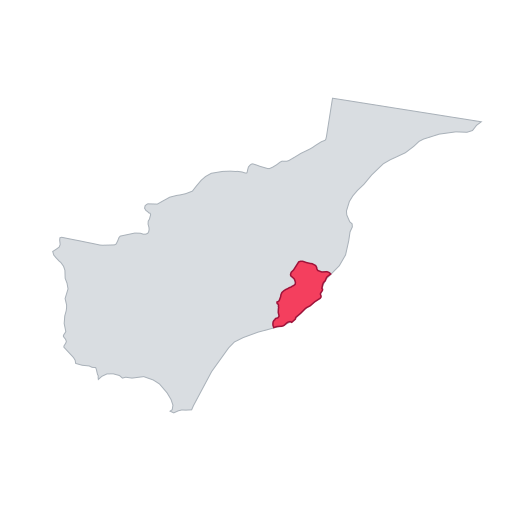 location of Doukkala - Abda within Morocco, rotated 189°
{"feature_id": "MAR-1457", "entity_name": "Doukkala - Abda", "entity_type": "Region", "adm_level": 1, "iso_a3": "MAR", "parent_name": "Morocco", "parent_adm1": "", "projection": "natural_earth1", "projection_center": [-8.625, 32.606], "detail": "fine", "context": "in_parent", "style": "filled", "palette": "rose", "viewbox_px": 512, "rotation_deg": 189, "n_neighbors": 0, "source": "natural_earth", "source_scale": "10m", "svg_char_len": 3805}
<svg xmlns="http://www.w3.org/2000/svg" viewBox="0 0 512 512"><g transform="rotate(189 256 256)"><path d="M58.6,419.6L61.8,413.8L67.0,411.2L78.0,409.9L94.2,405.0L108.8,397.7L112.9,394.7L117.4,388.9L124.7,381.3L138.4,372.1L144.7,367.0L154.4,354.2L160.7,343.6L166.0,336.7L169.7,330.7L172.3,324.5L173.7,314.6L172.8,310.8L168.8,304.5L166.1,302.8L165.4,299.8L166.9,294.5L166.8,285.5L167.7,271.1L172.2,259.4L183.1,244.2L185.1,237.9L186.4,228.0L186.5,224.4L200.1,210.3L208.0,199.5L210.8,196.8L217.8,191.9L242.1,181.1L255.9,173.4L263.9,167.7L268.6,161.1L281.7,135.0L294.4,98.3L295.5,94.0L301.2,92.8L305.3,92.3L308.6,90.9L312.7,88.2L316.6,89.3L314.7,91.1L314.7,95.7L317.5,101.0L322.4,106.9L331.3,114.5L338.2,117.5L348.0,119.3L359.4,116.0L365.7,115.9L368.8,114.5L372.2,116.6L378.7,117.3L384.8,116.2L389.5,113.0L392.4,109.4L392.9,111.2L393.1,113.1L394.0,114.2L395.9,118.9L396.9,120.7L400.5,120.4L403.6,121.3L410.6,120.9L417.3,121.7L418.3,124.7L420.3,127.1L427.3,132.6L431.5,135.9L431.6,137.1L430.4,139.9L429.9,141.8L431.0,143.9L433.6,146.3L433.8,147.5L433.2,148.9L432.0,151.5L434.9,159.3L435.5,166.9L434.9,172.2L435.0,175.3L435.4,178.0L437.9,184.1L436.5,194.1L438.4,199.6L441.0,204.1L442.5,212.0L444.5,215.8L447.8,219.1L449.7,220.2L453.3,223.0L455.9,225.3L457.5,228.7L454.3,231.5L451.8,234.0L451.2,236.7L452.4,241.0L452.5,243.3L450.9,244.1L444.2,243.8L438.9,243.6L432.9,243.4L424.4,243.0L419.1,242.8L411.9,242.4L409.4,242.6L402.9,243.8L398.2,244.7L397.4,244.9L396.0,246.0L395.0,249.2L394.2,252.8L393.2,254.4L379.3,259.7L373.8,260.4L370.6,259.9L368.4,260.3L366.5,261.4L365.8,263.1L365.7,265.3L366.2,267.5L367.6,270.6L367.9,273.6L367.0,275.8L366.8,277.9L366.5,280.3L367.2,281.6L368.6,281.8L369.9,282.8L371.9,283.8L373.5,285.7L373.4,288.3L372.1,289.8L371.0,290.6L365.7,291.3L361.6,291.8L356.2,296.1L350.4,300.6L343.6,303.5L340.6,304.4L335.3,306.5L329.0,310.1L325.9,315.7L322.0,322.2L318.3,326.6L313.1,330.7L308.3,332.3L302.3,334.3L294.6,335.8L289.2,336.3L287.6,336.7L282.8,336.8L280.5,336.4L278.7,336.3L278.0,336.7L277.8,337.8L277.7,340.1L277.4,342.8L275.9,345.1L274.8,346.1L273.6,346.5L269.6,345.9L266.2,345.2L258.2,344.2L256.6,344.4L256.0,344.7L253.5,346.3L249.7,349.5L247.1,352.3L245.2,353.7L240.5,354.4L238.5,355.4L229.9,362.5L228.0,364.2L219.1,370.4L216.6,372.5L214.6,374.5L209.3,379.1L205.9,381.1L205.3,382.3L205.1,385.0L205.1,391.2L205.1,397.1L205.1,405.7L205.1,414.3L205.1,423.8L54.5,423.8L58.6,419.6Z" fill="#d9dde1" stroke="#a8b0b8" stroke-width="1"/><path d="M179.4,249.9L182.5,246.6L182.9,245.8L183.1,245.2L183.5,243.6L183.6,242.9L183.7,242.4L184.9,240.8L185.4,239.7L185.7,238.4L185.9,234.3L185.7,234.1L185.1,233.7L185.0,233.4L185.0,232.6L185.2,231.9L186.1,230.1L186.4,229.3L186.5,228.5L186.2,227.9L185.9,227.4L185.6,226.9L185.4,226.2L185.4,225.5L186.0,224.3L190.9,219.9L194.7,215.3L197.9,213.0L199.0,211.9L202.8,206.6L206.9,201.9L207.2,201.4L207.2,200.9L207.2,200.0L207.5,199.5L210.2,196.2L210.5,196.0L210.8,196.1L211.1,196.4L211.4,196.5L212.2,196.5L212.8,196.3L214.0,195.7L215.2,194.7L217.1,192.2L218.3,191.2L219.7,190.6L224.2,189.6L227.3,188.1L228.4,190.2L228.7,191.6L228.8,193.5L228.2,195.2L227.6,195.8L227.2,196.5L227.1,197.1L226.5,197.6L225.6,197.9L224.7,198.4L224.2,199.3L223.8,200.3L225.2,203.7L225.6,207.3L225.6,208.8L226.0,209.7L226.0,210.6L226.2,211.2L226.6,211.9L227.3,212.1L227.7,212.4L228.1,213.8L226.7,214.7L226.1,215.7L225.3,219.6L225.3,221.7L224.7,224.0L223.0,226.1L221.2,227.7L219.6,228.7L218.1,230.0L216.8,230.6L215.4,231.9L214.2,232.7L212.9,234.1L212.9,236.0L213.7,237.8L214.8,239.5L218.6,241.9L219.0,243.2L218.7,245.4L216.7,248.1L212.9,256.9L211.1,257.8L209.0,258.1L205.2,257.4L201.2,257.1L199.4,257.2L195.6,255.9L194.3,254.2L193.9,252.8L192.8,251.4L188.5,250.5L183.5,251.6L181.9,251.3L180.8,250.9L179.5,250.0L179.4,249.9Z" fill="#f43f5e" stroke="#9f1239" stroke-width="1.5"/></g></svg>